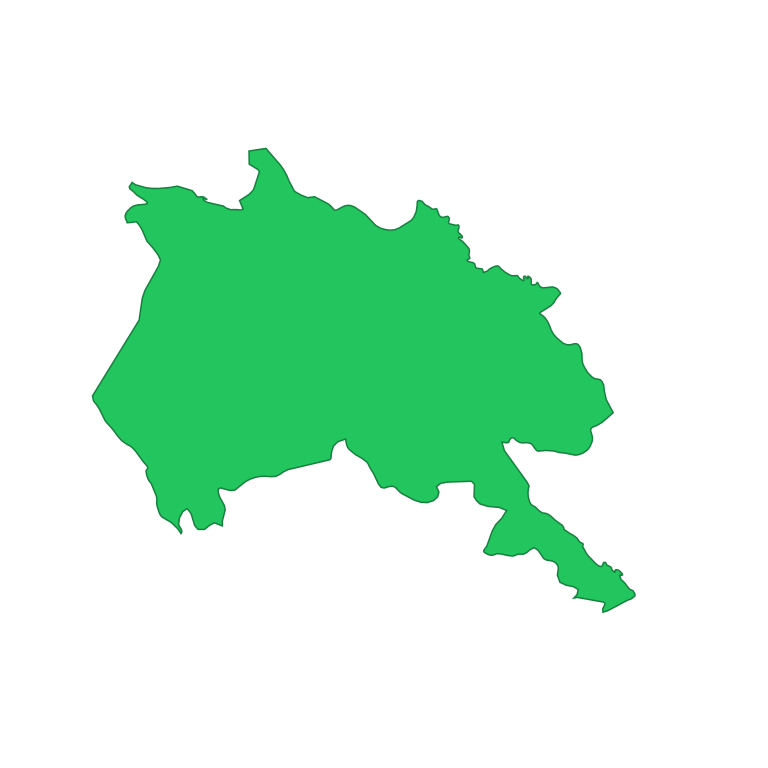 outline of Diyala, rotated 105°
{"feature_id": "IRQ-3243", "entity_name": "Diyala", "entity_type": "Province", "adm_level": 1, "iso_a3": "IRQ", "parent_name": "Iraq", "parent_adm1": "", "projection": "natural_earth1", "projection_center": [45.079, 34.055], "detail": "fine", "context": "isolated", "style": "filled", "palette": "green", "viewbox_px": 768, "rotation_deg": 105, "n_neighbors": 0, "source": "natural_earth", "source_scale": "10m", "svg_char_len": 6149}
<svg xmlns="http://www.w3.org/2000/svg" viewBox="0 0 768 768"><g transform="rotate(105 384 384)"><path d="M541.6,145.2L537.5,143.0L532.2,143.2L530.7,148.6L531.2,155.8L530.0,162.7L523.7,167.1L517.3,167.8L514.4,169.0L512.1,172.2L511.4,175.6L512.0,181.3L511.3,184.5L504.9,191.9L503.2,196.5L506.6,200.4L508.5,201.5L510.5,203.1L512.2,205.2L513.7,210.5L516.0,213.5L517.0,215.5L517.7,220.8L517.8,226.1L518.6,230.9L521.1,234.5L521.8,236.4L521.7,239.4L521.1,242.4L520.2,244.2L518.8,244.5L513.8,242.7L498.1,241.4L491.1,239.7L483.2,235.5L474.4,232.8L473.4,240.6L475.3,251.9L475.0,260.3L472.6,264.6L469.5,267.9L457.5,270.6L455.3,274.3L462.4,297.5L465.3,303.6L469.6,306.7L474.1,303.0L479.2,303.0L483.9,306.1L487.4,311.6L488.7,318.0L488.3,324.9L485.2,338.5L484.1,341.0L480.9,346.3L480.4,348.9L481.5,352.1L484.5,357.0L484.5,360.1L482.2,363.3L473.0,371.1L469.6,374.8L464.1,379.8L461.5,386.0L459.6,393.2L456.1,401.0L454.2,403.1L451.9,404.6L447.1,406.9L451.8,413.7L457.0,416.7L462.9,417.1L469.7,416.0L471.2,416.7L491.6,454.7L494.7,458.2L498.2,461.2L501.2,464.6L502.8,469.3L503.8,475.0L505.4,479.9L507.7,484.5L510.9,489.1L514.3,492.7L525.1,500.6L526.7,504.9L526.7,514.9L528.3,516.9L532.2,515.8L536.0,513.2L542.7,506.7L546.8,504.8L557.9,504.7L562.9,503.4L562.0,512.0L566.1,516.3L570.9,519.7L572.6,525.9L569.7,530.2L558.9,537.0L555.3,541.9L559.3,545.3L566.1,546.9L573.0,546.0L577.2,541.9L578.4,541.2L579.5,541.0L581.0,541.4L577.1,545.9L573.5,552.3L572.7,554.1L569.9,564.1L568.3,566.3L565.8,568.3L560.4,571.7L557.7,572.8L554.5,573.4L551.3,574.8L540.6,582.9L538.2,586.0L536.2,587.8L533.5,589.6L530.1,591.2L529.1,591.3L526.3,590.4L525.3,590.9L524.0,592.4L521.4,596.4L513.4,606.3L511.2,609.6L509.7,612.7L508.8,616.6L506.7,622.5L503.6,627.2L497.7,634.7L492.4,642.9L490.8,644.6L482.0,652.3L478.3,656.4L475.5,660.2L471.0,662.5L385.7,637.1L363.5,639.7L355.4,639.1L329.0,632.4L322.1,632.0L317.7,635.7L312.6,642.1L307.5,649.8L297.5,657.7L293.5,661.9L291.3,665.3L293.3,669.7L294.7,673.9L293.6,674.4L291.0,676.6L288.6,677.6L286.0,677.4L283.4,676.6L278.9,673.9L277.1,672.2L275.7,670.1L274.5,667.6L272.5,662.0L271.1,659.4L269.4,660.2L267.8,664.2L265.5,671.6L263.2,675.5L261.2,680.0L259.6,681.1L254.5,679.5L255.9,675.5L256.0,664.6L255.1,658.6L253.3,651.7L249.3,640.9L246.4,634.9L246.9,619.4L249.1,616.0L251.2,613.5L251.5,612.5L251.4,611.3L250.5,609.3L250.0,606.9L251.6,602.4L251.6,605.0L251.0,605.8L251.1,606.6L251.9,606.7L253.0,606.0L254.3,602.0L253.7,585.2L254.9,582.4L255.1,579.0L255.4,577.9L253.5,570.6L253.1,567.4L251.4,565.4L244.2,571.0L235.7,563.3L231.1,560.7L228.8,560.2L211.1,559.3L209.5,561.2L206.5,571.1L193.9,574.7L187.0,559.0L199.3,540.9L202.7,536.7L208.1,531.6L212.1,528.6L221.1,520.3L223.0,513.0L223.8,506.0L221.1,499.5L224.5,484.3L225.5,482.2L228.7,477.0L228.7,475.8L228.1,474.6L223.6,469.9L222.1,467.9L220.9,465.5L220.3,463.0L220.4,460.4L220.8,457.8L225.1,445.8L232.9,433.2L234.3,428.3L234.5,423.0L233.8,417.6L232.0,413.2L229.3,409.7L218.8,399.9L215.3,398.4L209.2,397.5L203.0,398.2L199.5,399.0L198.4,398.7L197.7,398.0L197.6,395.6L197.8,394.3L200.3,390.5L201.0,387.0L202.6,382.4L202.3,381.0L201.1,379.1L201.5,378.1L206.4,374.7L207.3,373.7L207.9,372.0L207.9,370.8L207.6,369.8L205.9,366.8L205.6,365.7L206.1,364.7L207.0,363.9L208.9,363.5L211.6,363.4L212.1,363.0L212.3,362.3L212.1,355.6L211.2,353.8L211.2,353.1L212.0,352.5L214.1,352.0L216.8,352.2L217.8,351.8L218.8,350.9L219.4,349.1L221.1,346.6L222.5,346.3L222.9,346.9L223.0,347.7L222.4,349.1L222.5,349.5L223.6,349.9L224.3,349.4L224.8,348.6L225.4,346.3L226.3,344.3L231.1,337.1L232.0,336.5L234.0,335.7L237.4,335.5L240.1,333.7L240.8,333.8L242.8,335.9L243.4,335.6L243.9,334.4L243.8,329.3L244.3,327.7L247.9,325.5L248.1,324.4L247.5,318.8L250.6,316.7L248.0,313.3L246.4,312.4L244.6,310.9L242.5,308.5L241.2,306.6L240.6,305.0L240.6,303.7L242.4,300.9L244.7,295.9L246.2,290.6L246.3,288.4L244.8,283.2L246.8,280.6L248.2,276.3L247.5,275.7L246.8,275.8L245.5,276.7L243.9,276.7L243.4,276.1L243.4,275.3L245.0,273.3L245.1,272.6L244.4,272.1L242.8,273.0L242.6,272.6L242.8,271.5L243.9,269.6L244.8,268.9L248.9,267.9L249.7,267.1L249.9,266.0L248.9,263.8L248.1,262.9L246.3,262.3L246.6,261.5L249.4,259.0L249.9,256.9L250.0,255.3L246.6,246.2L246.7,243.5L247.4,240.9L250.1,237.4L251.0,236.9L253.1,238.0L257.6,240.0L261.1,240.8L263.1,241.8L265.6,243.4L273.9,251.1L275.1,251.9L275.8,251.8L276.9,248.4L278.4,245.6L281.0,242.5L284.9,239.1L288.6,236.5L291.9,233.3L294.7,229.3L298.3,221.5L298.7,217.4L297.9,214.1L295.9,210.7L295.4,208.9L295.4,207.3L296.5,205.4L298.7,203.4L303.4,200.7L309.8,198.8L312.6,197.5L315.9,194.8L320.3,190.2L323.4,185.0L324.3,181.9L323.9,177.8L324.0,175.9L325.5,173.7L328.2,171.5L334.1,169.2L341.6,165.3L352.4,155.2L364.5,163.3L369.3,168.1L371.4,171.1L372.9,172.2L374.5,172.6L375.8,172.2L381.1,169.0L383.1,168.4L385.7,168.1L390.6,168.7L393.5,169.7L395.7,170.9L398.8,173.5L400.6,175.8L402.5,178.8L403.3,181.3L403.9,191.3L404.9,197.6L404.7,200.8L405.0,204.0L406.3,210.4L408.9,217.6L408.9,218.8L408.5,219.9L404.3,225.0L403.7,226.2L403.4,227.5L403.7,230.9L405.1,235.1L405.3,238.0L404.3,241.6L402.6,244.7L402.6,245.8L403.2,247.0L403.8,247.6L405.6,248.2L408.1,248.5L408.7,249.3L409.1,250.7L409.7,255.0L417.2,250.5L442.0,220.1L445.1,217.4L446.8,217.5L451.3,216.9L455.6,215.5L459.9,213.0L461.5,211.6L462.6,210.2L463.7,206.0L466.3,201.4L467.4,198.0L467.5,197.2L467.2,195.7L467.1,193.7L467.4,191.7L467.9,190.1L468.7,188.1L471.2,183.5L474.2,175.6L475.2,174.1L476.3,173.2L477.7,172.6L478.2,171.7L480.4,165.3L481.2,162.0L482.9,157.7L485.1,155.3L486.1,153.5L486.7,150.6L487.3,150.1L489.5,150.1L495.3,144.6L497.2,142.1L502.4,133.5L503.6,131.0L504.2,129.2L504.2,127.0L503.1,126.2L499.5,125.6L499.0,123.9L501.2,121.9L502.0,117.9L502.9,116.7L504.8,115.5L505.8,113.4L506.1,112.5L505.7,112.1L504.5,112.5L503.8,112.4L503.2,111.7L503.1,109.5L503.7,108.0L505.1,105.4L505.9,104.5L506.7,104.2L507.2,104.7L507.4,106.7L507.8,106.9L509.6,105.6L511.4,104.7L513.0,101.4L514.2,99.5L516.6,96.6L518.7,93.4L519.2,90.1L521.2,87.8L522.5,87.0L524.0,86.9L527.3,89.4L528.3,90.5L529.6,92.6L545.2,109.3L547.7,113.4L545.1,114.4L543.9,114.4L541.1,113.8L538.7,113.8L538.2,114.3L537.9,116.2L540.1,142.0L541.6,145.2Z" fill="#22c55e" stroke="#15803d" stroke-width="1.5"/></g></svg>